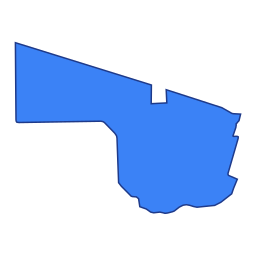 the District of Southern
{"feature_id": "BWA-2649", "entity_name": "Southern", "entity_type": "District", "adm_level": 1, "iso_a3": "BWA", "parent_name": "Botswana", "parent_adm1": "", "projection": "orthographic", "projection_center": [24.884, -24.914], "detail": "fine", "context": "isolated", "style": "filled", "palette": "blue", "viewbox_px": 256, "rotation_deg": 0, "n_neighbors": 0, "source": "natural_earth", "source_scale": "10m", "svg_char_len": 939}
<svg xmlns="http://www.w3.org/2000/svg" viewBox="0 0 256 256"><path d="M237.3,179.2L233.6,188.2L231.7,193.8L220.8,202.3L214.7,205.4L197.0,207.2L193.5,206.5L189.7,205.3L186.4,204.7L183.1,205.2L179.3,207.1L174.3,211.0L172.6,211.7L167.6,213.0L165.0,213.3L162.7,212.7L159.9,212.1L153.7,212.8L150.7,212.1L146.3,209.0L139.8,206.7L138.6,198.7L136.4,196.9L132.5,196.6L131.2,196.2L121.4,186.3L118.6,182.7L117.0,138.1L116.6,136.0L115.7,134.5L114.6,133.0L104.7,122.8L103.4,121.8L102.0,121.4L100.7,121.2L19.1,122.5L17.9,122.4L16.7,122.1L16.2,121.2L16.0,120.0L15.4,42.7L151.4,85.0L151.2,103.7L166.8,102.9L166.2,89.7L221.9,107.7L231.9,113.4L233.4,113.7L240.6,114.1L239.0,120.7L238.0,121.7L236.9,123.1L236.1,123.9L236.2,125.1L235.8,127.6L233.0,135.8L233.2,136.3L233.9,136.4L236.2,136.3L237.4,136.4L238.2,136.8L238.2,138.0L237.9,139.3L228.0,173.4L228.0,174.4L228.5,175.4L237.3,179.2L237.3,179.2Z" fill="#3b82f6" stroke="#1e3a8a" stroke-width="1.5"/></svg>